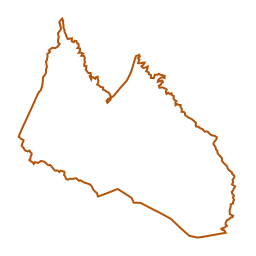 Luiziana, Paraná, Brazil, rotated 272°
{"feature_id": "56859067B36916274866347", "entity_name": "Luiziana", "entity_type": "district", "adm_level": 2, "iso_a3": "BRA", "parent_name": "Brazil", "parent_adm1": "Paraná", "projection": "robinson", "projection_center": [-52.28, -24.346], "detail": "fine", "context": "isolated", "style": "outline", "palette": "amber", "viewbox_px": 256, "rotation_deg": 272, "n_neighbors": 0, "source": "geoboundaries", "source_scale": "gbopen_adm2", "svg_char_len": 3918}
<svg xmlns="http://www.w3.org/2000/svg" viewBox="0 0 256 256"><g transform="rotate(272 128 128)"><path d="M167.5,40.9L164.0,39.9L162.5,39.4L160.6,37.5L155.5,35.3L147.2,32.0L123.7,22.1L115.5,19.0L114.6,20.4L113.4,21.5L112.5,23.9L111.0,23.9L108.9,22.9L106.6,22.3L105.4,23.3L104.4,24.4L103.0,25.1L101.7,26.5L101.1,28.4L102.0,30.3L100.5,31.2L99.5,32.5L98.0,32.6L96.5,31.8L93.7,31.5L92.6,30.5L91.2,32.3L90.4,33.8L88.8,35.1L90.6,36.0L90.0,39.5L92.0,42.1L91.6,44.7L90.8,46.4L89.2,48.1L88.0,49.9L88.3,51.5L87.3,52.6L84.3,55.1L83.0,56.2L83.0,59.2L81.6,61.0L82.9,62.1L82.3,65.6L80.9,66.2L78.9,65.7L77.2,67.1L75.2,67.6L74.2,69.4L75.2,71.4L75.3,75.3L76.0,77.8L74.9,79.4L73.5,80.7L74.1,82.1L73.1,84.0L72.0,86.2L71.2,89.0L70.5,91.4L69.4,93.1L67.2,94.5L65.0,95.5L63.0,97.7L61.6,99.6L60.0,99.7L58.5,100.4L61.4,107.6L66.7,119.9L58.3,134.0L53.6,136.3L53.6,143.2L48.0,154.8L45.5,160.3L42.4,166.7L38.5,174.3L35.0,178.2L33.3,180.1L30.1,183.7L22.4,193.0L20.9,201.6L21.8,206.5L26.7,229.3L29.1,227.7L29.4,225.7L30.6,224.8L31.5,227.0L32.5,228.7L33.7,230.3L34.9,228.9L36.5,228.9L38.3,229.5L39.6,230.4L40.2,231.9L42.0,233.6L42.5,235.6L44.0,236.1L44.6,234.5L45.6,232.7L47.2,232.6L48.9,232.4L52.9,233.4L55.3,233.3L56.2,235.6L58.2,235.6L59.9,236.6L62.0,235.2L63.8,236.3L65.9,234.6L67.7,233.9L69.0,235.0L70.7,235.7L73.4,237.0L74.4,235.4L75.3,233.8L77.5,235.0L79.8,234.3L81.4,235.3L82.8,236.1L84.3,235.6L85.4,234.0L87.4,233.3L88.8,231.1L90.6,229.2L93.3,228.3L94.8,226.6L97.0,224.2L98.7,223.0L100.8,223.0L102.9,221.4L104.3,219.8L105.8,218.5L107.2,218.2L108.7,217.9L109.7,216.6L111.8,216.2L113.8,214.7L115.1,213.9L116.5,214.2L119.8,216.8L121.8,217.1L123.1,215.0L123.7,211.9L124.6,210.1L126.7,208.4L127.4,206.6L127.0,205.0L128.3,203.4L129.5,202.6L130.4,199.9L131.7,198.4L131.8,196.1L133.4,195.5L135.4,195.8L137.6,193.3L139.3,191.1L140.5,188.1L141.9,186.1L142.9,184.6L144.8,184.4L146.2,183.1L146.0,181.0L149.1,181.1L151.0,179.6L152.8,179.8L152.8,177.9L153.7,176.1L152.5,174.8L155.0,174.4L156.6,175.5L157.5,173.6L158.9,172.4L161.4,172.7L162.6,170.4L164.3,170.2L163.5,168.2L164.7,167.0L163.4,165.3L165.5,164.6L167.9,165.3L169.0,163.1L169.8,160.8L169.3,158.1L171.3,157.4L172.3,159.2L174.0,159.8L175.0,161.3L176.6,160.6L176.1,158.4L175.2,156.2L177.1,156.5L178.5,157.9L180.1,160.7L179.2,162.8L181.3,162.8L181.9,161.2L182.3,158.3L183.3,157.0L182.3,155.7L182.1,153.0L180.3,152.4L178.8,152.1L178.8,149.2L180.5,149.1L181.9,149.0L182.5,147.0L184.3,146.8L185.4,144.2L188.1,145.5L190.2,145.5L189.0,143.5L188.6,140.8L190.1,139.3L191.6,141.1L193.9,142.4L193.9,140.7L193.1,138.3L193.2,135.9L194.7,136.2L196.5,137.1L197.9,135.5L199.7,137.3L201.5,136.7L200.7,135.3L200.3,133.6L198.6,132.9L184.3,129.2L178.6,126.7L175.3,125.1L167.3,118.5L164.9,116.7L162.3,114.6L160.6,113.5L159.2,112.2L157.4,109.4L159.2,109.6L160.9,108.5L162.3,107.9L163.1,106.4L163.9,105.0L164.8,103.6L165.6,101.6L167.7,101.8L168.1,99.0L169.4,97.8L170.3,95.7L172.3,96.5L174.0,96.8L176.4,96.0L178.2,95.9L177.6,94.1L176.1,93.6L177.2,91.7L177.9,90.2L175.3,89.5L178.6,87.8L179.9,89.0L181.7,88.7L181.6,86.4L184.8,83.7L186.9,84.3L188.3,84.3L188.4,82.3L190.7,82.0L192.4,82.9L194.2,82.1L196.4,82.4L198.4,81.5L198.6,78.9L200.8,80.6L201.7,78.0L201.4,76.2L203.9,77.4L205.8,77.2L206.1,74.7L207.7,75.9L210.1,75.7L211.4,73.8L213.1,73.4L213.3,71.5L211.8,70.7L212.8,68.7L215.6,68.9L215.3,66.6L214.8,64.7L217.3,63.2L218.8,62.8L220.4,62.1L222.2,61.1L223.9,61.1L225.8,60.0L228.7,59.9L231.3,59.4L232.9,59.4L235.1,58.4L233.3,56.8L231.0,55.6L229.5,56.4L227.8,56.7L226.5,57.3L224.6,57.5L222.8,56.5L220.3,54.7L218.5,55.1L216.5,55.7L214.1,55.1L212.2,54.9L210.5,55.4L209.8,56.7L208.2,55.9L206.5,54.4L205.3,52.5L205.5,49.4L202.8,46.2L201.4,47.4L199.0,44.7L196.8,45.2L194.7,44.7L193.0,44.5L191.4,43.8L188.2,44.3L186.5,44.9L184.7,44.3L183.3,44.0L181.0,44.2L178.6,43.4L176.4,41.6L174.5,41.3L167.5,40.9ZM157.4,109.4L155.8,109.6L152.5,106.6L154.2,105.6L156.6,107.3L157.4,109.4Z" fill="none" stroke="#b45309" stroke-width="2"/></g></svg>